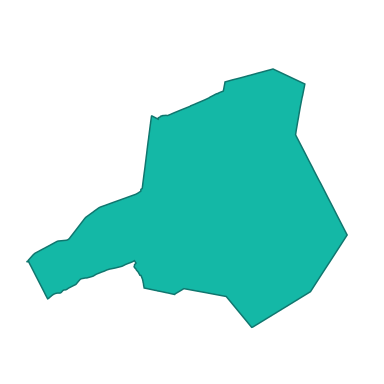 Ooststellingwerf, Friesland, Netherlands (Mercator projection), rotated 5°
{"feature_id": "6326949B66213394722259", "entity_name": "Ooststellingwerf", "entity_type": "district", "adm_level": 2, "iso_a3": "NLD", "parent_name": "Netherlands", "parent_adm1": "Friesland", "projection": "mercator", "projection_center": [6.224, 52.991], "detail": "fine", "context": "isolated", "style": "filled", "palette": "teal", "viewbox_px": 384, "rotation_deg": 5, "n_neighbors": 0, "source": "geoboundaries", "source_scale": "gbopen_adm2", "svg_char_len": 5147}
<svg xmlns="http://www.w3.org/2000/svg" viewBox="0 0 384 384"><g transform="rotate(5 192 192)"><path d="M33.7,275.8L33.8,275.9L34.0,275.8L34.4,275.8L34.4,275.7L34.5,275.7L34.8,275.5L35.1,275.5L35.3,275.6L35.7,276.3L37.3,278.9L37.5,279.2L38.5,280.7L38.6,280.9L42.6,287.3L44.2,289.9L44.6,290.5L53.6,304.8L55.1,307.3L56.2,309.0L57.5,311.0L58.1,310.7L58.5,310.3L58.9,309.9L59.1,309.8L60.1,308.6L60.3,308.5L60.4,308.4L60.7,308.1L61.2,307.5L61.7,307.1L62.6,306.3L63.2,305.9L63.5,305.7L63.9,305.5L64.6,305.1L65.5,304.8L65.7,304.7L66.1,304.6L66.8,304.4L69.1,304.2L69.4,304.1L69.9,303.9L70.2,303.6L70.4,303.5L71.5,302.1L71.8,301.7L72.0,301.4L72.3,301.2L72.5,301.1L72.7,300.9L73.0,300.8L73.4,300.7L73.9,300.6L74.6,300.5L74.9,300.4L75.3,300.1L75.6,300.0L76.3,299.5L76.5,299.3L76.7,299.1L77.0,298.8L77.5,298.4L77.9,298.2L79.8,297.0L83.2,294.9L83.5,294.7L84.0,294.5L84.3,294.2L84.7,293.8L85.4,292.7L85.5,292.6L85.8,292.2L86.1,291.7L87.9,289.2L88.1,288.9L88.4,288.7L88.7,288.5L89.1,288.2L89.5,288.0L89.8,287.9L90.7,287.7L93.3,286.9L93.5,286.9L93.8,286.9L94.4,286.8L94.6,286.8L95.0,286.7L96.0,286.3L97.4,285.8L98.2,285.5L100.5,284.6L100.9,284.4L103.9,282.2L104.5,281.9L105.7,281.3L107.3,280.5L107.7,280.3L108.1,280.1L108.4,279.9L110.6,278.9L111.5,278.5L112.9,277.7L113.7,277.2L114.9,276.7L115.9,276.3L116.8,275.9L117.4,275.8L118.4,275.5L122.1,274.4L123.3,274.0L125.0,273.4L125.9,273.1L127.6,272.5L128.4,272.2L129.3,271.8L130.2,271.2L131.2,270.6L132.1,270.0L134.9,268.6L136.7,267.8L137.4,267.4L137.8,267.2L138.5,266.8L138.8,266.7L140.1,265.8L140.3,265.6L140.6,265.4L142.4,267.7L142.3,267.9L142.1,268.1L141.6,268.8L141.1,269.3L141.1,269.5L141.1,270.5L140.9,271.1L140.8,271.4L140.8,271.5L141.0,271.8L141.7,272.7L141.8,272.8L142.3,272.9L142.4,273.0L143.2,274.2L143.3,274.4L143.6,274.7L145.6,276.7L145.7,276.9L145.8,277.0L145.9,277.3L146.3,277.8L147.2,279.2L147.3,279.4L147.4,279.5L147.5,279.5L148.4,279.6L148.5,279.6L148.7,280.0L148.9,280.5L149.1,280.8L149.4,281.5L149.5,281.6L149.6,281.8L149.7,282.1L149.8,282.2L149.8,282.3L150.0,282.6L150.1,282.8L150.2,283.1L150.4,283.5L150.5,283.7L150.6,284.1L150.6,284.3L150.7,284.5L150.8,284.8L151.0,285.5L151.1,286.0L151.2,286.3L151.5,287.1L151.7,287.9L151.9,289.0L152.0,289.4L152.1,289.7L152.3,290.3L152.7,291.8L162.6,293.0L163.9,293.2L164.8,293.2L165.5,293.3L166.1,293.5L167.1,293.6L168.4,293.7L170.3,293.9L173.4,294.3L174.9,294.5L177.1,294.7L180.4,295.2L183.7,295.6L184.0,295.0L188.2,292.0L192.3,289.0L197.0,289.4L205.2,290.2L216.1,291.2L216.9,291.3L235.2,293.1L263.2,321.6L264.2,321.3L318.7,281.0L328.6,262.2L334.4,251.3L334.6,251.0L350.3,221.3L338.5,202.6L334.2,195.7L327.3,184.8L326.5,183.5L321.5,175.5L319.1,171.7L317.8,169.8L316.7,168.1L310.7,158.6L310.4,158.0L309.9,157.2L305.8,150.8L300.8,142.8L299.4,140.6L297.5,137.6L292.0,128.9L290.8,127.0L290.2,125.9L290.4,122.3L291.2,112.3L291.6,108.3L291.7,106.6L292.4,98.3L292.9,93.4L293.4,88.6L293.5,87.9L293.6,87.3L293.8,86.1L294.0,84.1L294.0,83.9L294.8,76.8L295.0,74.6L289.9,72.7L283.1,70.2L279.9,69.0L262.0,62.4L258.0,63.9L257.9,63.9L254.1,65.3L250.9,66.5L247.2,67.8L246.1,68.2L245.5,68.5L245.4,68.5L244.9,68.7L241.9,69.8L240.1,70.5L237.7,71.3L236.7,71.7L236.5,71.8L235.4,72.2L234.9,72.4L230.5,74.0L227.4,75.1L222.4,76.8L219.0,78.1L216.3,79.1L215.3,79.5L215.2,81.0L215.1,81.9L214.8,84.7L214.7,86.2L214.6,86.7L214.4,88.7L213.3,89.3L211.8,90.0L209.6,91.2L209.5,91.4L209.0,91.6L209.0,91.8L208.7,91.8L208.4,91.8L208.2,91.9L208.0,92.0L207.7,92.1L206.7,92.7L204.6,94.1L202.7,95.3L201.8,95.8L201.7,95.9L201.1,96.5L200.8,96.7L196.9,99.0L191.1,102.1L189.2,103.1L188.2,103.6L187.8,103.9L183.1,106.3L183.0,106.6L180.3,108.0L179.0,108.6L178.7,108.8L176.3,110.0L173.9,111.2L173.7,111.3L172.4,112.0L168.9,113.8L168.3,114.1L161.4,117.8L161.2,117.9L160.7,118.0L159.8,117.9L159.4,117.9L159.2,117.9L158.3,118.1L157.0,118.3L156.4,118.4L155.5,118.8L155.5,118.7L154.1,119.3L154.0,119.5L154.0,119.8L152.0,121.0L151.9,122.4L148.6,121.0L147.4,120.5L145.4,119.7L145.1,119.8L145.0,120.3L144.9,122.8L144.7,126.3L144.7,127.6L144.6,128.6L144.6,129.1L144.2,139.1L144.1,140.9L144.1,141.9L144.0,144.0L143.9,145.3L143.8,148.6L143.7,150.3L143.7,151.3L143.6,153.3L143.6,153.8L143.5,157.6L143.4,159.7L143.4,159.8L143.3,162.6L143.3,163.1L143.2,165.4L143.0,171.3L142.8,175.8L142.7,177.7L142.4,184.8L142.1,192.9L140.9,193.8L140.9,194.9L140.9,195.7L138.5,197.6L137.9,198.0L137.5,198.3L136.9,198.7L136.6,198.9L136.1,199.2L123.8,204.9L123.1,205.2L123.0,205.3L122.1,205.7L114.7,209.1L102.2,214.9L101.9,215.1L101.3,215.4L101.0,215.6L100.6,215.9L100.3,216.1L99.3,217.0L96.7,219.2L95.7,220.1L95.6,220.3L95.2,220.6L94.7,221.0L89.4,225.6L88.8,226.1L88.4,226.5L87.9,227.1L87.4,227.8L79.4,240.4L77.6,243.2L75.8,246.0L74.7,247.7L74.1,248.7L73.9,249.0L73.6,249.3L73.5,249.5L73.1,249.8L72.6,250.3L72.2,250.5L71.8,250.7L71.3,250.9L70.8,251.1L70.6,251.1L64.1,252.3L63.0,252.5L62.5,252.7L62.2,252.8L61.5,253.2L59.8,254.3L59.7,254.4L59.3,254.6L59.1,254.8L49.0,261.4L43.5,265.0L41.2,266.5L40.8,266.8L40.3,267.3L39.9,267.7L39.7,268.0L39.1,268.6L38.3,269.7L34.8,274.4L34.8,274.5L35.0,274.6L35.1,274.8L34.8,275.2L34.6,275.5L34.3,275.6L34.2,275.6L33.9,275.5L33.7,275.8Z" fill="#14b8a6" stroke="#0f766e" stroke-width="1.5"/></g></svg>